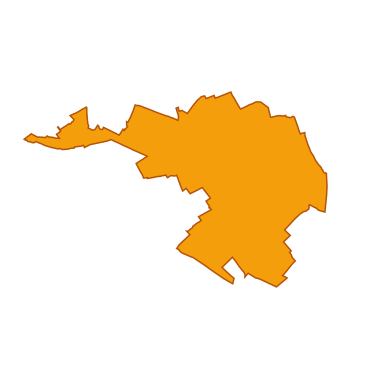 Bals, Iasi, Romania (Mercator projection), rotated 335°
{"feature_id": "2599482B11292299887477", "entity_name": "Bals", "entity_type": "district", "adm_level": 2, "iso_a3": "ROU", "parent_name": "Romania", "parent_adm1": "Iasi", "projection": "mercator", "projection_center": [26.966, 47.282], "detail": "fine", "context": "isolated", "style": "filled", "palette": "amber", "viewbox_px": 384, "rotation_deg": 335, "n_neighbors": 0, "source": "geoboundaries", "source_scale": "gbopen_adm2", "svg_char_len": 5875}
<svg xmlns="http://www.w3.org/2000/svg" viewBox="0 0 384 384"><g transform="rotate(335 192 192)"><path d="M228.4,313.7L235.3,311.9L239.4,310.8L240.6,310.5L241.4,310.3L241.9,310.1L241.5,309.5L238.8,306.0L239.7,305.7L241.9,304.7L244.2,303.7L250.1,300.7L251.1,300.3L252.7,299.5L256.5,298.1L255.4,294.8L255.2,292.4L255.4,290.7L255.2,289.3L254.8,288.0L257.0,287.3L253.8,275.9L262.7,272.9L260.9,268.3L260.0,265.5L273.2,260.1L281.0,257.5L283.2,257.3L284.3,257.0L286.0,257.1L287.1,257.5L290.6,256.8L291.9,255.0L292.4,253.4L293.2,253.3L294.1,254.5L297.2,258.5L298.0,259.4L298.6,261.4L299.6,262.5L302.9,265.5L304.0,266.3L312.2,252.5L316.8,243.9L321.2,233.0L321.7,232.0L321.5,231.8L321.4,231.4L321.0,231.1L320.7,231.2L320.1,230.7L319.8,230.2L319.7,229.1L319.6,228.9L319.6,228.7L319.7,228.4L319.6,227.7L319.7,227.4L319.7,227.2L319.5,226.9L319.5,226.7L319.4,226.1L319.3,225.8L319.3,225.7L319.4,225.0L319.4,224.1L319.3,223.8L319.2,223.6L319.0,223.1L319.0,222.9L319.0,222.7L318.8,222.5L318.8,222.3L318.7,222.1L318.4,221.4L318.4,221.0L318.2,220.3L318.0,219.5L317.9,219.2L318.0,218.9L317.9,218.5L317.8,218.4L317.8,218.1L317.4,216.1L317.2,215.8L317.2,215.6L317.4,215.2L317.4,214.0L317.2,213.1L317.4,211.6L317.2,209.8L316.9,208.1L316.6,205.6L316.7,204.3L317.2,196.7L318.2,188.7L318.3,188.5L319.3,185.8L314.6,185.0L315.1,180.2L315.9,173.2L316.1,170.8L316.4,167.4L315.8,166.3L315.4,166.1L314.9,166.1L312.7,166.3L309.7,164.1L309.2,163.4L309.3,162.2L307.7,161.9L306.0,161.3L304.4,160.2L302.5,159.3L299.3,158.5L297.6,158.3L297.0,158.1L295.2,157.6L294.8,157.5L296.0,151.1L296.7,148.2L296.8,147.8L292.3,139.5L288.2,137.4L285.6,137.4L283.7,137.6L282.7,137.3L281.7,137.2L278.0,137.3L277.0,137.4L271.1,137.3L270.8,136.4L270.8,135.1L270.6,134.4L270.6,133.5L270.6,133.2L270.4,132.3L270.1,128.4L269.8,124.3L269.6,123.4L269.3,120.5L269.5,117.8L263.2,117.5L252.7,116.8L252.8,113.8L247.0,113.5L244.2,113.2L244.2,110.5L243.1,109.9L240.7,109.6L238.6,110.3L236.6,110.8L235.5,111.2L229.8,113.9L223.0,117.7L220.9,118.9L217.5,114.0L214.5,113.2L215.0,110.5L215.4,109.5L213.0,109.3L212.1,115.7L211.9,117.1L211.6,117.9L211.2,118.9L210.6,119.7L209.4,121.1L208.0,119.3L206.9,118.1L205.8,116.8L204.8,116.0L204.3,115.5L203.0,113.9L201.9,113.0L201.5,112.6L201.0,112.3L200.8,112.1L200.6,111.9L193.4,104.7L187.7,98.6L181.9,92.6L180.7,91.5L180.0,90.9L179.4,90.8L179.2,90.5L178.3,90.1L177.3,89.1L172.9,93.6L167.7,98.4L163.3,101.7L162.4,100.6L160.8,104.3L161.3,105.3L158.0,107.0L157.7,106.6L156.5,107.6L156.3,107.2L156.1,106.8L155.9,106.4L155.9,106.0L150.1,109.7L141.5,99.0L139.1,96.0L137.4,97.4L136.9,97.3L136.4,97.1L136.0,96.8L135.5,96.5L135.2,95.8L135.0,95.4L134.9,94.7L135.1,93.9L135.3,93.2L135.2,92.6L134.9,91.9L134.7,91.6L130.8,94.2L130.0,94.3L129.1,94.2L128.2,93.9L127.7,93.6L127.1,92.8L126.7,92.1L126.2,91.7L125.3,90.6L124.9,90.0L125.9,89.1L126.4,88.0L126.3,86.6L127.6,82.6L130.3,75.4L130.8,74.1L131.4,73.1L132.3,70.8L132.2,70.5L131.6,70.3L131.3,70.5L130.6,70.5L129.5,70.6L128.8,70.7L127.9,70.6L127.2,70.6L126.3,70.8L124.9,71.0L121.3,71.3L119.4,71.4L118.7,71.3L118.3,71.1L116.7,71.3L116.1,71.2L113.8,71.2L114.4,73.0L115.6,76.3L115.3,76.7L114.9,77.1L114.3,77.5L113.9,77.7L113.6,77.8L113.1,77.7L112.3,78.0L111.8,78.3L110.9,78.9L110.6,79.0L110.0,78.6L109.3,78.1L106.6,78.6L105.5,78.9L104.9,79.0L104.1,78.9L103.4,79.0L102.8,79.0L101.7,79.3L100.7,79.4L99.0,80.0L98.6,78.4L98.4,77.1L98.2,76.4L97.6,76.5L98.6,81.4L97.0,81.8L94.3,82.3L93.5,82.5L93.9,84.2L94.0,84.9L94.3,86.3L94.3,86.9L94.4,87.3L93.0,86.5L91.5,85.7L90.4,85.0L89.1,83.7L85.6,81.7L84.9,80.9L84.4,80.0L83.7,80.2L82.7,80.6L81.8,80.6L81.1,80.0L77.9,78.3L76.4,77.4L75.8,77.2L75.3,77.2L70.9,71.3L68.7,71.9L67.0,72.2L62.3,73.2L62.8,73.7L63.0,74.1L62.8,74.4L63.0,74.7L63.4,75.0L64.1,75.3L64.3,75.8L64.4,76.4L64.6,76.9L65.0,77.3L66.7,78.1L67.0,78.4L67.5,79.2L68.0,79.7L69.6,80.6L70.4,80.5L71.1,80.4L71.9,80.4L74.0,82.8L75.3,84.0L78.2,87.5L79.6,88.8L81.5,90.5L83.9,92.6L86.0,94.1L87.7,95.6L89.2,96.5L90.3,96.6L90.8,97.0L92.6,98.8L94.7,99.6L98.3,100.9L98.8,100.9L100.2,101.1L101.1,101.3L103.1,102.1L103.7,102.4L104.8,101.9L105.0,101.6L109.3,103.1L111.2,103.6L112.7,103.8L113.3,103.8L113.4,106.3L115.9,106.1L117.8,106.1L119.3,106.0L120.2,106.1L126.9,107.7L136.7,110.0L139.9,110.2L140.1,110.2L140.3,110.1L140.9,110.5L141.5,111.2L144.3,114.5L145.9,116.3L147.1,117.8L150.1,121.5L154.3,126.3L156.0,128.5L157.3,130.0L158.9,131.8L161.7,135.0L163.2,136.8L165.7,139.6L166.3,140.4L166.5,140.9L166.3,140.9L165.3,140.9L161.5,141.5L155.8,142.2L153.4,142.6L153.6,148.1L153.8,151.2L154.0,153.7L154.2,155.2L154.2,156.1L154.2,157.6L153.9,158.8L155.0,159.2L157.5,160.1L157.3,160.9L162.0,162.2L167.4,163.4L168.3,163.9L169.8,164.3L170.0,164.5L171.3,164.6L173.1,165.0L174.7,165.5L175.5,165.7L175.5,167.6L175.6,167.8L175.9,168.7L179.5,168.2L181.2,168.9L181.3,169.2L182.2,169.7L183.7,170.4L184.5,170.5L185.2,170.4L184.8,175.1L184.1,183.8L184.0,187.2L188.1,186.3L188.3,186.3L189.0,190.1L189.6,192.8L203.2,192.4L205.4,202.1L206.1,205.3L200.9,206.2L201.7,213.1L201.0,213.2L200.7,213.4L201.2,214.1L201.6,215.2L201.9,215.4L202.1,216.1L187.5,217.2L188.3,221.6L187.2,221.8L186.6,222.0L182.1,222.6L178.3,223.4L177.6,224.4L174.0,225.2L172.5,225.7L171.6,225.7L170.6,225.2L172.0,229.8L162.2,233.0L158.0,234.5L154.2,236.8L154.7,237.4L155.0,237.6L155.3,238.0L155.5,238.4L156.0,240.6L156.5,241.8L157.1,242.8L158.2,244.2L162.7,249.2L163.3,250.0L165.4,251.9L168.1,256.4L170.2,259.9L172.6,263.8L176.1,270.2L184.0,283.7L185.2,285.4L186.9,287.9L190.2,292.4L193.6,287.9L192.2,285.1L189.5,278.6L187.4,273.0L201.1,268.2L201.4,269.8L201.7,270.9L202.7,275.5L202.9,277.1L203.3,279.6L203.9,281.8L204.2,283.4L204.9,285.8L205.2,286.8L205.2,287.4L205.1,289.0L205.0,289.7L204.8,290.2L204.5,290.7L204.1,291.2L204.0,291.5L205.0,290.9L208.6,289.4L209.5,290.9L212.9,296.1L213.6,297.0L214.1,297.4L215.1,298.1L215.7,298.7L216.5,299.5L217.9,301.0L221.2,305.0L228.4,313.7Z" fill="#f59e0b" stroke="#b45309" stroke-width="1.5"/></g></svg>